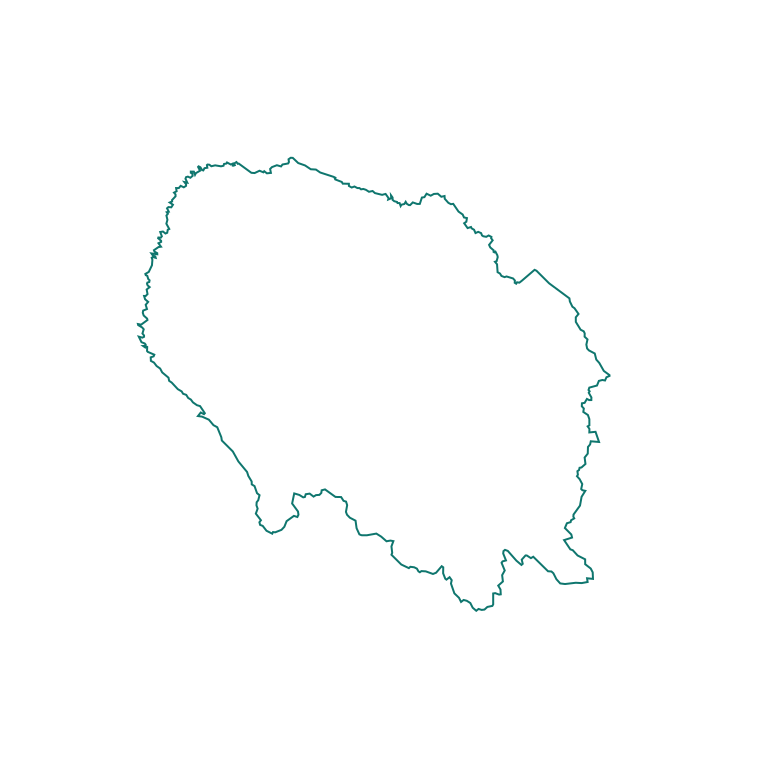 the district of Betroka, Anosy, Madagascar, rotated 312°
{"feature_id": "10022922B59412081262724", "entity_name": "Betroka", "entity_type": "district", "adm_level": 2, "iso_a3": "MDG", "parent_name": "Madagascar", "parent_adm1": "Anosy", "projection": "equal_earth", "projection_center": [45.864, -23.412], "detail": "fine", "context": "isolated", "style": "outline", "palette": "teal", "viewbox_px": 768, "rotation_deg": 312, "n_neighbors": 0, "source": "geoboundaries", "source_scale": "gbopen_adm2", "svg_char_len": 6147}
<svg xmlns="http://www.w3.org/2000/svg" viewBox="0 0 768 768"><g transform="rotate(312 384 384)"><path d="M238.0,270.6L240.3,277.7L239.3,284.8L240.3,289.0L235.6,298.7L233.5,301.3L232.7,316.8L229.0,327.6L227.0,341.1L224.9,344.7L223.0,350.9L220.9,352.9L221.5,356.1L217.9,362.7L218.1,365.9L213.5,368.3L210.9,368.5L208.5,370.4L206.8,373.5L201.9,375.5L200.4,383.7L197.9,383.9L196.4,386.2L197.4,388.8L196.3,394.9L198.0,401.1L199.7,400.6L201.0,402.4L207.0,405.4L211.2,405.5L216.9,403.4L225.7,405.3L227.2,408.6L229.6,407.9L231.7,405.4L233.7,395.7L242.6,390.5L244.9,395.3L245.7,399.8L247.1,400.8L249.7,399.6L252.8,402.1L253.2,407.0L255.9,407.8L258.4,410.2L261.1,410.3L263.3,408.8L266.2,410.7L267.6,423.5L271.3,427.8L270.1,432.1L271.2,434.5L269.3,437.7L263.5,441.3L262.1,444.0L261.8,448.1L263.4,454.3L258.5,460.1L255.8,466.3L256.5,468.4L260.0,472.4L267.7,478.4L268.7,484.0L268.8,491.1L271.9,493.5L273.5,496.1L268.3,498.2L264.0,503.1L262.1,503.8L261.4,517.6L263.8,525.7L265.8,525.9L268.0,529.1L268.8,532.0L267.8,535.0L268.1,536.6L270.0,537.0L272.7,540.4L275.6,547.5L278.6,549.0L287.2,548.8L287.4,550.7L282.9,554.6L280.3,559.8L280.4,561.3L284.3,562.0L283.5,565.6L280.5,567.3L275.5,576.4L275.3,582.8L273.6,587.1L276.8,587.7L278.3,590.6L279.0,594.7L277.1,599.6L277.2,604.3L280.1,604.8L281.5,607.8L283.6,609.6L287.5,610.0L291.6,613.0L293.3,612.6L301.4,605.3L303.0,606.6L304.5,610.4L305.8,611.5L309.2,608.1L310.6,603.8L316.8,604.5L321.0,599.7L326.2,598.5L329.8,591.0L331.5,590.8L334.5,592.7L337.8,586.0L339.8,584.6L341.7,584.9L342.8,587.7L341.3,600.6L341.5,607.2L343.2,607.4L345.6,603.9L351.3,603.9L352.1,604.8L352.9,609.7L355.5,610.5L354.6,631.2L356.7,633.9L356.7,636.5L354.3,642.7L353.7,648.4L356.5,652.4L364.6,659.5L368.3,664.1L373.1,667.8L375.5,664.9L379.0,669.7L383.7,665.1L385.2,661.1L384.7,654.1L388.3,650.8L386.1,642.6L386.8,635.5L385.8,633.1L388.5,622.3L395.7,626.5L397.5,623.9L398.0,614.8L402.9,613.1L406.2,615.1L407.9,614.2L411.4,615.3L412.1,613.5L413.8,612.2L424.8,611.0L432.4,606.3L439.3,605.1L437.8,602.5L437.9,600.8L442.3,598.3L444.2,593.0L444.6,589.1L446.3,588.8L448.6,586.1L450.6,586.5L452.6,585.4L454.1,586.6L459.4,587.2L463.6,582.3L468.6,582.0L473.7,577.7L477.0,577.6L479.8,576.0L484.8,582.6L490.0,573.2L485.4,569.0L488.1,566.7L488.8,563.7L490.7,564.3L495.3,560.1L497.4,556.3L496.6,550.8L499.5,548.9L499.8,545.9L502.1,544.0L504.2,545.7L508.7,544.8L509.3,547.2L510.8,548.8L512.8,547.1L514.5,542.0L516.2,541.7L516.4,540.0L518.7,539.0L525.4,543.3L530.1,541.6L533.1,543.6L534.5,545.9L537.9,544.8L540.9,546.2L541.5,545.6L540.8,538.6L543.7,529.9L544.2,525.4L547.7,520.2L546.1,513.9L546.3,511.2L548.7,508.0L553.3,505.4L553.4,501.4L555.9,499.3L556.8,497.2L555.9,493.8L558.5,485.0L561.9,481.9L566.2,481.7L567.8,474.8L567.5,472.3L569.7,466.9L571.7,464.5L569.3,439.3L570.2,421.5L569.6,419.5L552.7,417.3L549.9,416.8L548.6,414.8L547.0,415.1L546.7,413.4L548.5,412.0L548.8,409.3L545.9,403.1L544.1,402.1L542.9,399.0L543.7,396.3L543.1,393.6L548.6,387.9L549.1,384.7L550.6,385.5L554.4,383.6L555.5,382.1L556.9,378.3L555.7,378.0L555.5,377.0L556.7,376.1L556.6,371.6L557.7,369.0L563.5,368.6L564.0,366.1L565.2,365.4L564.4,362.4L561.8,361.5L560.2,358.9L560.0,357.4L561.1,355.2L560.1,352.2L557.4,351.0L558.9,347.7L558.3,345.0L558.9,343.6L555.8,341.8L557.1,336.0L559.7,336.6L562.8,334.6L561.3,332.0L562.6,329.1L562.0,324.0L564.2,314.9L562.4,313.4L561.7,310.6L562.3,305.2L564.2,303.2L561.5,301.3L561.4,296.6L558.6,293.9L555.2,292.7L553.9,288.3L549.9,289.0L547.9,287.4L541.8,290.1L540.0,288.2L538.2,283.9L534.4,283.7L533.6,282.7L533.2,280.4L533.9,278.2L531.4,278.7L528.9,277.0L527.4,277.3L528.9,274.5L527.5,273.0L528.0,271.9L526.7,269.3L526.6,267.2L528.3,265.6L528.9,263.0L526.9,265.1L523.9,263.7L525.2,263.0L526.3,258.0L523.3,256.0L519.8,249.5L519.8,246.4L516.8,244.2L516.2,240.6L515.1,238.1L513.3,236.7L513.2,234.7L511.8,233.1L511.0,229.9L508.4,228.5L507.7,225.4L509.3,223.9L505.3,219.3L505.9,217.4L503.4,210.9L504.0,209.6L505.0,210.7L504.2,207.9L498.5,195.1L497.8,189.9L494.6,185.9L493.6,179.1L490.8,172.4L491.0,164.9L489.7,163.3L487.1,162.7L485.4,164.8L483.8,165.2L479.2,161.7L476.8,161.9L474.9,158.0L470.2,155.6L467.6,155.5L465.2,158.7L462.2,156.0L462.0,152.6L460.6,152.7L459.2,148.8L454.2,146.7L452.2,144.1L450.6,128.5L449.8,128.0L450.2,125.8L447.5,125.1L446.8,126.7L445.6,126.1L445.1,125.5L446.5,124.1L444.6,123.3L443.6,119.1L442.4,119.4L440.5,117.9L438.8,118.7L436.7,117.2L433.5,112.2L430.3,110.0L430.1,107.5L429.0,106.0L428.2,105.9L426.5,108.0L424.3,106.2L421.8,106.8L421.3,105.7L422.2,102.5L421.7,100.6L420.9,100.6L419.4,104.6L414.9,103.1L413.0,103.6L414.6,100.6L412.6,98.3L411.7,99.1L412.1,100.8L410.7,102.5L407.7,102.1L406.9,99.5L405.3,98.5L403.7,99.1L402.0,103.1L400.5,100.5L400.0,103.3L398.8,104.3L396.2,103.6L395.2,100.3L392.3,100.4L390.5,98.4L388.5,100.9L385.7,99.9L385.4,102.2L384.0,103.5L378.9,103.4L377.9,104.4L375.5,103.3L376.0,107.2L373.0,107.7L371.2,105.4L369.4,105.2L368.0,108.8L366.3,107.6L365.9,109.5L363.6,109.6L361.1,113.2L357.5,115.0L355.5,120.7L353.9,120.1L351.3,121.7L349.6,120.9L349.4,117.7L347.2,116.0L345.1,120.1L343.4,120.2L341.9,118.3L341.2,118.6L341.3,122.5L340.5,123.3L337.7,122.2L336.8,126.4L334.9,124.8L329.5,123.5L328.8,124.9L329.5,127.9L328.7,128.7L325.4,123.8L324.8,126.4L325.8,128.6L325.0,129.9L323.7,127.3L322.4,126.9L321.3,128.8L317.0,132.1L309.9,134.2L306.1,133.0L305.5,134.1L306.0,135.7L304.3,138.5L304.2,140.4L302.7,141.3L301.0,140.3L299.9,140.8L299.1,142.4L299.2,145.0L295.4,144.4L292.6,148.1L289.9,148.0L288.9,146.8L287.1,149.8L287.2,153.8L283.4,153.9L281.1,157.7L277.4,155.9L275.5,157.1L274.1,159.6L274.1,164.2L273.3,165.4L265.6,163.8L263.9,161.0L263.3,161.9L264.2,166.5L263.9,168.8L259.9,170.7L259.5,173.2L258.5,174.1L256.8,173.4L255.1,170.1L252.8,175.8L254.0,179.0L253.8,180.5L252.8,181.2L251.1,179.6L251.4,182.2L252.8,182.2L253.1,183.2L250.0,185.8L249.8,186.9L252.1,193.7L250.4,194.3L247.7,192.8L245.2,195.3L246.0,198.7L245.2,203.0L245.7,207.3L244.2,211.4L244.5,219.6L242.6,222.2L243.0,225.3L242.2,234.2L243.1,238.6L242.3,241.2L243.6,244.3L242.6,247.8L243.2,250.9L242.5,254.3L243.1,259.2L244.5,262.1L242.4,270.4L241.1,270.4L240.2,266.9L235.7,267.2L238.0,270.6Z" fill="none" stroke="#0f766e" stroke-width="2"/></g></svg>